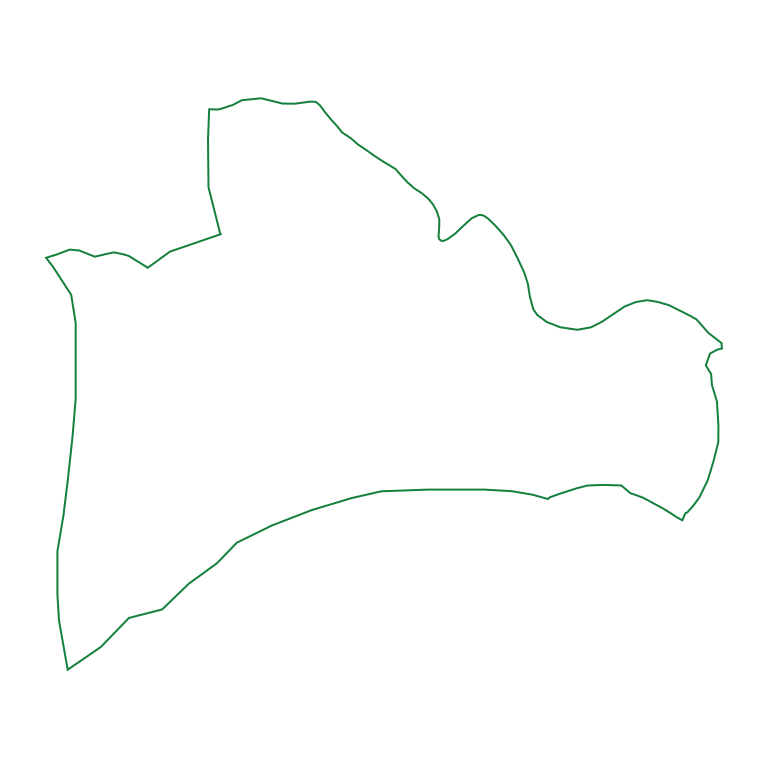 Monchy/Moulin A Vent, Gros Islet, Saint Lucia, rotated 180°
{"feature_id": "8701671B65471913227261", "entity_name": "Monchy/Moulin A Vent", "entity_type": "district", "adm_level": 2, "iso_a3": "LCA", "parent_name": "Saint Lucia", "parent_adm1": "Gros Islet", "projection": "mercator", "projection_center": [-60.951, 14.063], "detail": "fine", "context": "isolated", "style": "outline", "palette": "green", "viewbox_px": 768, "rotation_deg": 180, "n_neighbors": 0, "source": "geoboundaries", "source_scale": "gbopen_adm2", "svg_char_len": 1914}
<svg xmlns="http://www.w3.org/2000/svg" viewBox="0 0 768 768"><g transform="rotate(180 384 384)"><path d="M85.7,247.7L82.6,254.8L80.7,255.6L75.0,262.0L68.7,270.4L60.2,287.9L54.5,306.8L49.7,325.8L49.6,342.3L51.0,366.1L56.1,383.2L56.9,394.0L62.2,402.7L57.9,414.5L51.1,418.2L46.1,419.5L46.4,424.8L59.6,435.1L71.5,448.6L75.7,450.9L77.1,451.8L86.0,456.3L97.4,462.0L99.0,462.8L110.8,466.2L120.8,467.8L132.0,466.0L143.2,461.6L157.2,452.2L166.1,446.2L177.0,440.7L190.7,438.2L208.0,440.8L221.2,446.0L230.7,453.0L234.7,458.7L238.1,471.3L240.1,484.1L243.7,495.3L250.5,510.0L257.2,523.1L264.2,532.8L272.3,542.0L279.6,549.1L284.0,552.2L286.2,552.9L289.0,553.0L290.2,552.6L296.4,549.7L305.8,541.1L312.9,534.3L320.4,528.9L324.4,527.1L326.9,527.3L328.7,528.8L329.5,531.6L328.8,540.2L328.7,548.8L331.2,556.7L335.0,563.6L339.6,569.2L346.1,574.7L353.9,579.8L360.5,585.7L364.2,589.6L367.7,593.5L372.5,599.0L384.3,606.1L393.8,612.3L400.1,616.8L410.4,623.8L416.8,629.5L425.8,635.5L430.8,641.7L436.7,648.2L442.7,655.4L448.1,662.7L452.3,666.2L457.8,666.4L473.0,664.3L485.2,664.4L506.8,669.7L526.1,667.8L535.1,663.1L538.5,662.0L546.5,659.3L550.8,658.4L551.9,658.5L558.7,658.8L558.9,657.4L560.0,628.3L559.5,580.7L548.0,535.2L547.3,533.8L598.0,516.4L620.3,500.2L622.5,501.7L639.5,512.2L645.9,514.0L654.2,515.6L662.6,513.8L673.1,511.3L688.8,517.5L698.4,518.4L710.7,513.7L721.9,510.2L715.2,501.5L696.8,473.2L692.3,444.9L692.3,406.1L692.3,369.3L695.3,333.1L699.9,290.6L704.5,252.9L710.6,216.7L710.6,174.2L709.0,147.4L700.3,98.3L667.2,121.0L639.0,150.1L605.8,158.6L579.2,184.3L551.0,204.8L531.1,225.4L505.1,238.1L496.2,242.5L456.3,257.9L416.5,269.9L386.6,276.7L340.1,278.4L316.9,278.4L283.7,278.4L261.0,277.1L255.4,276.7L235.5,273.3L220.1,269.0L217.9,270.8L206.6,274.8L191.3,279.7L180.5,282.5L163.8,283.1L146.6,282.5L137.7,274.9L125.1,270.4L104.8,259.4L95.9,253.9L92.1,251.3L85.7,247.7Z" fill="none" stroke="#15803d" stroke-width="2"/></g></svg>